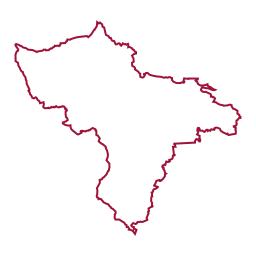 Chom Bueng, Ratchaburi, Thailand
{"feature_id": "78962969B91114195507687", "entity_name": "Chom Bueng", "entity_type": "district", "adm_level": 2, "iso_a3": "THA", "parent_name": "Thailand", "parent_adm1": "Ratchaburi", "projection": "albers", "projection_center": [99.539, 13.612], "detail": "fine", "context": "isolated", "style": "outline", "palette": "rose", "viewbox_px": 256, "rotation_deg": 0, "n_neighbors": 0, "source": "geoboundaries", "source_scale": "gbopen_adm2", "svg_char_len": 5756}
<svg xmlns="http://www.w3.org/2000/svg" viewBox="0 0 256 256"><path d="M135.0,233.9L136.5,229.8L133.9,228.5L133.9,227.1L132.3,226.8L131.2,225.4L133.1,223.1L135.6,224.0L136.8,223.4L136.9,222.7L137.9,221.9L139.3,222.1L140.7,221.6L141.3,221.9L143.0,221.8L147.3,219.9L146.6,217.8L148.6,213.2L148.0,212.2L148.3,211.3L149.0,211.0L148.5,208.5L151.0,207.0L152.4,206.6L152.6,206.2L152.0,205.5L152.1,203.1L151.1,200.9L151.3,197.3L152.3,196.3L151.9,195.7L152.1,193.2L151.7,192.5L153.0,191.7L153.2,190.1L153.7,189.4L155.9,188.6L157.7,187.4L157.8,186.9L154.2,185.7L154.3,185.1L155.4,183.5L156.4,180.9L159.3,180.0L159.9,181.0L160.3,181.0L160.6,180.3L161.6,180.3L161.7,179.9L163.2,178.7L164.9,176.2L164.9,174.3L166.0,173.6L165.3,173.2L164.5,171.3L164.6,170.6L163.6,169.3L163.7,168.6L163.3,168.6L163.3,167.7L162.9,167.7L162.3,166.9L162.6,165.5L163.9,165.4L164.3,164.6L165.3,164.9L166.3,161.5L168.0,162.0L169.0,161.8L169.1,161.1L169.7,161.1L169.3,159.9L171.9,159.1L172.8,157.7L172.7,156.7L173.0,155.4L173.4,155.1L174.5,155.4L174.7,155.1L174.1,154.8L173.8,153.4L173.0,146.8L175.5,146.8L174.8,144.3L174.3,144.2L174.3,143.7L195.0,142.6L195.0,140.9L196.3,139.1L197.0,139.4L198.1,139.3L198.3,140.3L199.2,140.7L199.2,141.3L199.9,141.4L200.2,140.6L200.1,139.1L199.4,138.2L199.7,135.9L197.0,134.4L198.2,132.5L198.0,131.0L197.3,130.7L197.6,128.4L198.0,127.9L199.2,128.1L199.6,129.0L199.6,129.6L198.7,130.2L200.5,130.7L202.5,130.7L204.2,131.9L205.2,131.5L205.5,130.7L206.5,129.8L207.3,129.8L207.8,131.0L208.9,130.2L210.3,130.8L211.2,129.3L214.3,129.8L214.6,129.1L214.0,129.0L214.7,128.0L215.9,127.6L217.3,127.7L219.8,128.7L220.8,130.8L222.9,132.3L227.3,134.3L227.6,133.8L228.7,135.0L235.7,133.7L235.9,130.7L235.3,129.6L235.7,128.8L235.8,127.9L233.8,126.8L233.7,126.3L236.1,125.5L236.8,124.0L236.4,123.0L236.5,120.5L237.5,120.0L238.8,118.2L240.4,118.0L240.6,117.0L239.2,115.7L239.2,114.7L237.4,113.7L237.5,110.8L234.6,109.1L233.0,108.6L231.5,106.0L231.6,105.2L230.1,104.6L227.4,105.4L223.6,105.7L223.2,105.3L220.1,104.7L217.6,103.6L216.3,102.5L213.3,101.8L214.4,100.2L215.0,98.4L213.7,97.2L212.8,97.2L212.6,96.7L210.9,96.7L211.0,94.8L210.6,94.1L205.7,91.8L204.0,92.0L202.7,91.7L201.2,90.4L200.9,89.7L201.8,87.7L203.0,87.5L206.3,88.2L208.2,88.3L212.5,90.0L214.4,90.1L215.1,89.8L212.8,88.9L211.0,87.4L207.8,85.9L207.5,84.2L206.0,84.9L202.3,85.6L200.8,85.5L199.3,84.8L197.9,83.8L197.5,82.2L196.5,81.7L195.6,80.6L197.7,79.5L197.9,78.6L188.6,78.5L188.5,78.9L184.1,78.4L183.5,80.9L184.4,81.5L183.8,82.7L181.7,82.4L180.6,83.0L177.4,83.1L175.6,82.7L173.2,81.5L171.9,79.9L172.1,79.3L172.0,78.0L171.1,77.9L170.2,77.2L169.1,77.1L167.6,77.7L165.6,77.2L164.2,77.8L161.5,76.9L155.6,76.3L149.8,74.9L147.5,72.9L146.0,73.0L145.3,73.9L144.1,73.9L144.0,74.5L144.8,75.2L144.2,76.4L143.3,77.3L142.2,77.5L140.5,77.0L140.1,75.5L140.3,73.8L139.5,73.3L138.1,71.5L135.0,69.4L135.1,68.4L134.9,67.7L133.8,66.6L132.4,66.0L132.1,64.7L132.1,62.6L133.7,61.7L133.5,58.6L132.0,55.6L134.2,53.9L136.0,53.6L136.1,52.1L134.7,51.4L133.8,49.9L132.5,49.3L132.3,48.6L131.8,48.1L129.1,46.8L128.2,47.2L128.3,44.6L128.0,43.8L126.3,44.7L125.5,44.1L124.5,44.3L122.8,43.4L121.3,45.7L120.5,45.3L119.8,43.6L119.1,43.3L118.5,43.3L116.8,44.3L115.7,44.3L114.2,41.1L112.2,40.7L111.5,39.8L111.0,38.1L109.5,37.9L108.7,36.3L105.9,34.8L104.1,27.4L102.5,26.7L102.2,24.4L99.9,22.6L98.9,23.5L97.2,22.1L96.8,26.1L94.7,29.6L94.4,29.5L91.2,34.4L88.2,37.2L87.0,36.1L82.7,36.5L76.3,37.4L70.6,39.2L70.2,39.7L67.3,39.5L66.9,41.3L66.2,41.5L65.2,43.1L60.6,43.2L60.6,44.0L60.2,44.6L60.2,45.0L59.7,45.7L59.2,45.7L58.9,46.1L57.8,45.6L55.8,46.0L54.8,45.7L54.2,46.8L53.0,47.3L52.2,48.3L51.0,48.3L50.5,48.9L49.3,49.3L48.8,50.2L46.0,50.3L46.0,49.9L45.7,49.7L43.7,49.7L43.4,50.1L42.3,50.7L37.1,51.6L36.9,52.0L32.8,50.1L28.0,49.6L26.3,48.3L22.8,47.3L21.5,46.1L20.3,45.9L19.5,45.1L16.2,44.1L15.6,43.4L15.9,44.2L15.4,44.9L15.6,45.6L18.3,49.5L17.9,50.9L17.0,51.2L16.4,52.1L15.5,54.8L15.6,61.2L18.0,62.8L18.4,65.6L19.7,67.7L20.4,69.6L21.6,71.5L22.9,72.0L23.4,74.3L25.5,77.4L25.8,79.6L26.5,80.9L26.7,83.9L28.8,88.1L28.9,88.9L29.4,89.3L29.3,90.4L28.5,90.8L29.1,91.9L29.8,92.5L30.0,94.2L31.3,95.5L32.2,97.7L33.9,98.4L35.6,97.3L36.4,97.7L37.6,100.0L39.3,101.1L40.0,103.2L43.5,102.2L43.9,104.1L43.2,106.9L44.5,108.1L47.5,108.1L48.2,107.7L48.7,108.2L49.8,108.1L51.3,107.0L51.6,107.4L52.7,107.1L53.6,107.3L53.7,106.9L55.0,107.2L55.7,106.7L55.8,106.3L56.3,106.2L56.6,106.7L58.6,107.4L59.4,107.3L59.8,106.9L61.1,106.9L61.5,106.5L62.5,106.5L62.8,106.2L64.2,106.6L64.5,107.3L65.4,108.0L65.1,108.7L65.4,109.4L66.4,109.4L66.4,109.9L66.9,110.2L66.8,110.7L65.6,111.7L65.6,114.1L66.0,117.1L67.3,118.2L67.7,120.1L65.7,121.5L64.2,121.9L63.7,122.5L62.8,122.5L62.9,123.5L65.7,125.1L68.3,125.6L70.5,125.3L70.6,127.5L71.1,128.8L72.2,130.1L77.0,134.0L77.8,134.4L78.7,134.3L81.7,132.6L81.7,132.1L80.7,131.4L80.9,131.0L82.4,130.8L85.6,131.5L86.6,130.7L88.8,130.6L89.2,129.9L90.3,129.9L90.9,129.1L92.7,128.0L95.3,129.2L95.4,129.7L95.8,130.0L95.6,130.7L96.4,131.3L96.3,134.9L97.9,135.7L99.8,138.4L98.8,140.6L98.7,141.4L101.4,143.6L103.2,144.5L105.8,146.9L105.8,148.2L107.0,150.4L107.9,154.1L107.8,156.7L106.5,160.3L109.3,163.5L109.5,167.5L108.9,169.4L108.9,170.5L108.0,171.1L106.6,174.2L103.8,177.3L102.5,178.0L102.0,179.3L99.6,179.9L99.9,182.4L99.6,183.3L96.9,188.3L97.4,190.2L97.2,194.2L96.7,195.8L96.9,197.0L97.1,197.4L98.3,197.7L98.5,199.2L99.7,198.9L101.2,199.1L101.7,200.2L102.5,200.7L103.3,202.1L105.9,203.5L108.3,204.3L109.4,206.0L110.8,207.1L111.1,208.0L112.9,208.9L115.5,211.5L115.7,213.1L114.7,214.6L114.9,215.7L114.6,217.2L114.7,218.0L115.4,219.5L119.1,219.5L124.5,222.9L125.3,224.5L126.5,225.0L126.7,227.0L127.9,226.8L128.7,228.0L128.9,228.5L128.7,229.6L129.2,229.8L129.8,229.4L131.8,230.5L133.2,230.5L133.1,231.4L135.0,233.9Z" fill="none" stroke="#9f1239" stroke-width="2"/></svg>